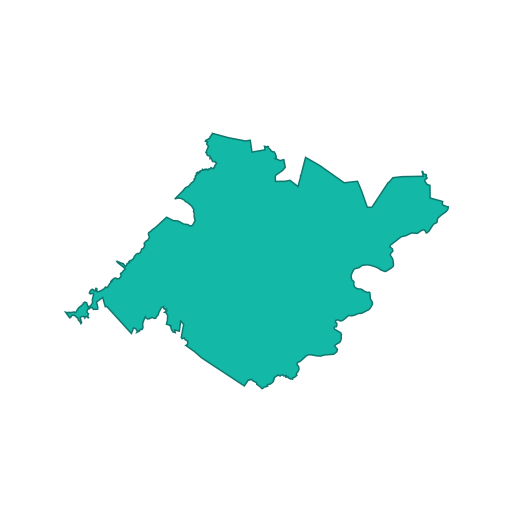 Santa María del Oro, Nayarit, Mexico (Natural Earth projection), rotated 75°
{"feature_id": "50627088B16887744460573", "entity_name": "Santa María del Oro", "entity_type": "district", "adm_level": 2, "iso_a3": "MEX", "parent_name": "Mexico", "parent_adm1": "Nayarit", "projection": "natural_earth1", "projection_center": [-104.593, 21.347], "detail": "fine", "context": "isolated", "style": "filled", "palette": "teal", "viewbox_px": 512, "rotation_deg": 75, "n_neighbors": 0, "source": "geoboundaries", "source_scale": "gbopen_adm2", "svg_char_len": 6130}
<svg xmlns="http://www.w3.org/2000/svg" viewBox="0 0 512 512"><g transform="rotate(75 256 256)"><path d="M295.9,383.7L292.5,383.1L290.9,382.3L287.0,379.6L286.1,378.7L287.7,378.1L288.8,376.9L289.0,375.3L288.4,372.4L290.0,370.2L290.1,368.9L289.1,368.1L287.5,365.7L285.6,364.6L281.5,360.9L280.9,358.3L283.0,358.7L284.0,357.4L284.1,356.2L285.2,357.0L285.9,356.3L286.7,358.9L287.8,357.4L290.4,356.7L295.2,358.2L298.7,360.2L301.2,356.3L302.0,357.0L302.8,356.5L304.5,356.8L307.8,355.9L309.1,353.8L306.4,353.7L308.8,349.5L299.3,345.6L303.2,343.5L315.4,349.3L316.8,348.7L316.5,347.3L316.8,346.3L318.5,346.1L320.5,344.0L323.3,344.8L323.7,345.7L324.2,345.7L324.3,346.9L332.5,340.1L340.3,334.9L378.5,300.9L373.6,295.3L374.2,294.6L373.9,292.3L375.6,291.5L378.5,288.2L380.1,288.5L383.3,285.8L385.7,284.6L385.3,282.8L384.6,281.9L384.9,280.1L384.6,278.5L384.1,278.9L383.1,277.7L383.4,275.3L382.3,272.6L381.2,271.3L380.4,271.3L379.6,270.2L378.3,270.1L376.7,265.5L378.2,263.8L377.6,262.6L377.6,261.8L378.0,260.7L379.1,260.3L379.3,257.7L380.0,257.8L380.3,258.4L380.8,258.5L381.1,256.4L381.5,256.1L382.0,256.3L383.2,255.1L383.8,254.5L383.7,253.6L384.5,252.5L383.1,251.9L383.2,250.4L381.8,247.4L379.9,247.4L378.6,245.5L376.4,243.7L373.8,243.5L371.4,244.4L370.3,244.1L369.5,242.9L369.5,241.7L368.8,239.8L365.5,233.3L365.0,231.4L365.6,228.5L368.1,223.3L369.4,219.6L369.3,215.5L371.0,206.4L369.4,202.7L367.2,201.5L363.2,203.3L362.3,202.4L361.2,198.0L360.5,196.7L357.6,194.8L355.7,194.6L354.0,193.8L352.0,194.1L347.3,198.8L346.0,199.3L344.8,198.6L345.1,196.7L343.4,195.6L341.9,195.4L340.4,196.4L338.8,195.6L338.9,193.3L340.5,191.6L340.7,189.5L340.3,188.0L337.4,181.9L338.6,179.0L338.6,175.6L338.0,172.1L338.6,169.6L338.5,167.8L337.0,160.8L335.8,159.0L332.7,155.9L330.7,155.6L327.2,156.6L320.8,155.5L320.3,156.0L320.0,157.7L319.4,158.8L318.0,160.5L315.4,162.7L313.9,166.4L312.1,168.4L310.6,168.9L309.2,169.0L305.9,168.1L303.8,169.6L300.3,169.5L297.4,167.8L294.2,164.8L293.9,164.3L293.9,159.3L292.5,155.7L293.3,150.9L294.4,148.2L297.4,143.4L299.8,140.6L301.6,139.2L304.1,135.9L304.5,134.8L303.0,129.5L301.9,126.8L301.3,126.1L299.7,125.3L294.2,124.7L289.9,126.1L288.4,125.2L286.6,122.5L284.4,122.4L281.8,124.3L280.3,123.3L275.0,110.7L275.2,106.2L274.0,99.8L275.9,94.3L274.1,89.3L274.1,87.3L274.4,86.6L275.2,86.2L277.8,85.6L277.8,84.8L276.6,82.3L271.3,76.5L270.6,73.2L270.1,72.3L267.3,71.2L266.4,70.4L264.2,66.0L262.5,61.2L261.6,59.8L260.3,58.4L258.3,57.5L257.2,59.6L255.2,62.2L253.8,62.6L251.7,61.6L245.0,72.8L232.8,69.7L231.2,72.2L227.6,73.5L227.0,73.6L226.1,73.1L225.1,70.6L222.9,71.2L222.6,70.6L221.5,70.5L220.2,72.9L218.5,73.0L218.0,73.4L217.9,73.1L216.8,73.7L222.3,73.7L217.2,94.2L215.8,103.5L219.1,108.2L219.2,109.2L239.0,131.5L237.6,135.9L220.6,137.2L210.1,138.6L208.1,151.9L185.0,171.1L173.6,182.6L190.1,191.9L190.0,192.2L192.3,193.0L194.2,194.3L199.8,197.4L191.7,203.6L191.4,208.4L189.0,217.9L184.2,216.8L182.7,215.5L182.7,214.9L180.2,208.1L177.9,204.8L170.1,204.2L170.1,208.1L167.7,210.9L167.5,211.7L166.7,212.4L166.4,211.2L166.1,211.0L164.8,210.7L162.1,210.9L160.1,211.5L159.6,213.2L159.1,213.3L158.3,214.5L157.3,214.4L154.6,216.1L153.6,215.7L153.2,216.3L153.4,217.4L152.2,219.4L155.8,219.7L154.6,233.0L142.7,231.6L142.2,236.4L134.5,252.2L126.3,266.3L126.7,266.4L127.3,267.5L128.2,267.9L128.7,269.3L130.6,270.4L130.4,271.3L131.1,272.8L131.0,274.0L132.1,275.2L133.3,273.3L135.0,274.7L137.7,273.5L143.1,277.6L143.4,277.0L146.2,277.0L147.6,274.6L150.0,275.2L149.7,274.2L153.6,273.4L154.3,271.0L155.1,270.9L155.7,270.1L156.3,270.2L158.1,272.4L159.4,273.0L159.5,273.7L160.5,274.3L160.7,274.8L159.0,276.6L159.9,277.6L159.7,279.2L160.6,280.3L159.4,281.0L159.0,283.0L159.8,283.3L159.7,283.8L158.4,285.3L159.4,285.8L159.4,287.8L160.0,289.0L160.4,288.6L161.3,290.4L160.0,290.7L160.4,291.9L161.2,292.4L162.2,292.2L162.8,293.7L163.6,294.1L164.0,293.9L165.4,295.0L165.7,295.9L166.3,295.7L167.3,296.4L168.5,298.6L168.6,299.4L171.1,302.8L171.9,306.7L174.2,309.8L179.9,319.7L179.8,317.3L180.0,315.7L181.0,313.4L183.3,310.9L185.2,310.0L186.4,308.5L191.0,305.3L194.9,304.1L197.1,304.9L199.0,304.6L201.7,305.5L205.0,305.7L205.7,305.4L209.6,309.0L210.2,310.3L209.7,312.3L208.0,313.6L206.5,317.5L202.1,322.1L200.3,326.9L195.4,332.3L202.4,345.6L203.9,349.7L204.9,351.1L205.6,353.5L206.9,354.3L210.3,354.1L212.6,356.3L212.9,357.9L214.7,360.7L215.5,360.9L216.5,360.5L219.3,362.5L219.8,364.9L221.1,365.3L223.1,367.3L223.0,368.0L223.4,369.2L222.9,369.6L223.3,371.3L225.0,373.7L226.5,374.7L228.1,377.7L227.8,378.5L228.3,379.9L228.7,380.3L229.4,379.7L229.7,379.8L229.9,382.4L231.7,383.7L232.5,384.9L229.2,386.1L228.0,387.7L227.7,388.5L226.2,390.1L226.0,391.0L225.3,391.2L225.2,391.8L226.5,391.4L231.9,387.3L234.8,385.6L236.2,388.4L237.2,389.2L237.8,391.3L238.6,391.6L239.7,391.2L240.7,391.6L242.3,393.8L242.3,395.5L241.7,396.7L241.1,396.9L240.8,398.6L242.3,401.8L243.1,401.5L243.4,402.3L243.2,402.9L244.2,403.2L245.1,404.8L247.8,407.4L248.0,408.3L247.0,409.4L248.4,411.3L249.3,414.5L249.7,417.8L249.2,418.9L246.4,418.2L245.8,418.9L246.8,419.8L248.2,420.0L247.8,421.4L246.3,422.0L245.7,422.8L246.3,424.4L247.3,425.6L247.7,425.6L248.7,426.6L249.8,425.8L249.9,423.1L250.9,422.7L255.6,425.3L259.1,426.1L261.1,428.5L262.0,431.2L261.1,431.1L260.4,431.6L257.4,431.7L256.2,433.3L256.6,433.7L256.8,435.0L257.9,435.6L260.0,440.3L261.4,442.2L263.9,444.7L263.6,445.8L263.0,446.1L262.5,450.9L261.9,451.1L262.1,453.3L261.5,453.5L261.0,454.5L267.6,451.9L267.2,450.7L266.2,449.9L265.7,449.1L266.5,446.5L268.9,445.1L269.5,444.2L272.0,444.1L273.8,443.0L276.0,442.6L275.5,441.9L274.2,441.6L273.2,442.0L272.1,441.6L270.4,441.9L269.6,441.3L269.6,440.6L269.3,440.0L269.9,437.9L271.6,437.4L270.3,436.4L271.2,434.8L272.3,434.1L272.1,433.6L271.1,434.2L270.1,433.9L268.5,432.7L267.5,433.5L266.1,433.8L264.2,432.6L263.6,431.2L263.9,430.8L263.0,429.4L263.6,427.5L265.5,426.9L265.4,426.0L266.1,424.7L266.4,422.8L264.6,422.1L259.2,422.0L256.4,414.8L266.0,414.7L266.1,413.2L298.6,396.4L293.8,392.9L295.0,391.0L298.1,390.1L298.9,390.8L298.3,388.0L297.7,388.2L297.2,386.8L297.2,385.5L297.5,385.2L297.1,384.7L296.7,384.9L296.5,384.2L295.9,383.7Z" fill="#14b8a6" stroke="#0f766e" stroke-width="1.5"/></g></svg>